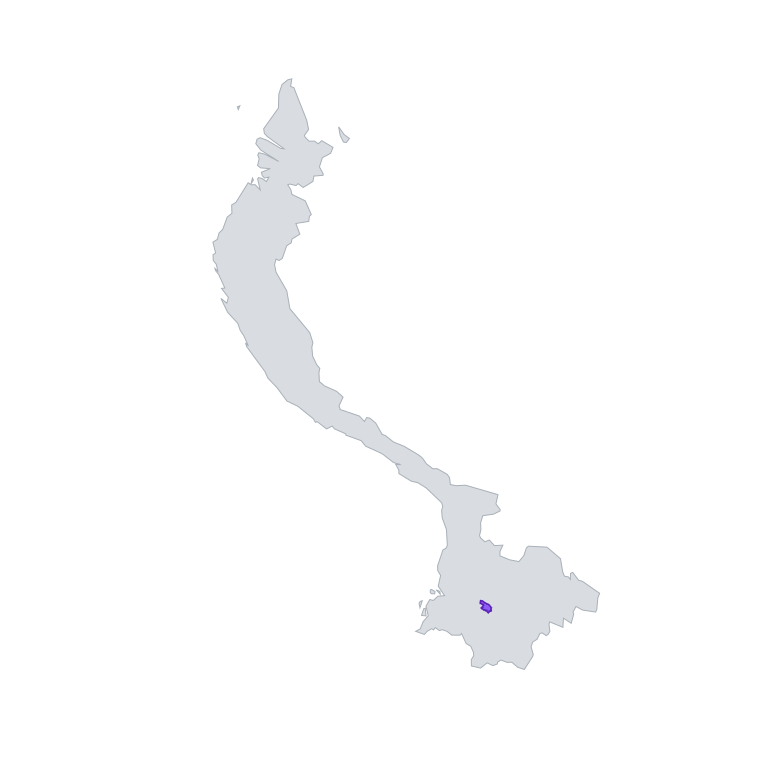 Dai Tu, Thái Nguyên, Vietnam (highlighted), rotated 157°
{"feature_id": "81297802B22157258808987", "entity_name": "Dai Tu", "entity_type": "district", "adm_level": 2, "iso_a3": "VNM", "parent_name": "Vietnam", "parent_adm1": "Thái Nguyên", "projection": "equal_earth", "projection_center": [105.65, 21.604], "detail": "fine", "context": "in_parent", "style": "filled", "palette": "violet", "viewbox_px": 768, "rotation_deg": 157, "n_neighbors": 0, "source": "geoboundaries", "source_scale": "gbopen_adm2", "svg_char_len": 6293}
<svg xmlns="http://www.w3.org/2000/svg" viewBox="0 0 768 768"><g transform="rotate(157 384 384)"><path d="M451.5,144.0L446.3,144.4L440.9,149.9L433.8,153.4L432.1,163.1L426.1,167.7L423.2,165.5L417.3,167.6L410.9,165.5L413.1,176.7L406.7,185.6L407.4,191.3L405.7,195.7L394.5,208.3L391.3,208.5L388.8,210.6L383.4,225.6L382.7,238.1L380.3,245.2L377.8,248.2L377.3,252.1L385.8,271.9L391.4,279.9L397.0,284.0L405.3,295.7L404.0,298.8L404.6,305.4L400.7,303.5L401.2,304.3L405.9,307.9L412.9,320.5L425.2,333.9L427.1,340.7L439.0,351.7L438.7,353.1L447.1,362.0L448.1,365.5L454.4,365.1L460.2,375.4L462.1,375.5L462.7,379.8L472.1,397.3L480.0,406.2L483.9,422.4L488.6,434.8L488.7,441.8L495.8,472.0L495.4,475.9L494.0,472.0L494.2,483.5L495.4,489.5L494.9,497.0L499.9,511.0L500.7,526.5L497.1,519.9L493.4,524.5L496.2,535.5L493.0,534.5L493.4,549.4L494.8,554.5L494.4,556.5L492.9,552.6L491.6,559.6L492.9,564.5L490.8,569.9L487.8,570.3L486.1,581.4L480.8,582.3L476.9,587.4L472.1,589.3L463.1,598.9L457.3,600.5L454.3,608.3L449.3,609.1L430.4,622.3L428.2,619.1L424.8,617.9L422.1,610.9L420.2,622.2L418.8,623.0L415.9,620.8L413.1,616.3L409.2,619.4L413.5,620.3L414.7,623.3L414.1,626.8L404.6,626.7L413.2,631.2L415.0,634.6L410.9,640.1L410.8,644.0L408.8,645.8L404.1,642.3L394.0,630.0L406.0,647.5L408.1,655.3L405.2,658.9L401.8,659.1L396.2,653.8L387.1,641.3L384.1,639.6L394.7,657.4L396.2,661.4L395.0,666.0L373.3,679.3L367.5,692.0L360.8,699.6L353.6,701.6L349.6,700.9L353.7,694.4L351.2,692.0L352.1,656.9L354.0,647.7L360.1,644.0L360.2,642.1L358.0,636.7L353.0,634.7L350.7,630.8L346.2,632.3L338.5,621.7L343.0,617.2L352.3,616.4L358.6,609.1L357.9,601.0L358.6,599.9L367.3,602.8L370.3,598.2L381.6,596.5L384.8,602.0L387.5,601.1L392.7,604.9L394.8,605.0L393.8,599.5L394.7,594.5L384.9,583.3L384.7,568.4L387.1,567.6L389.7,563.1L402.4,566.2L402.9,554.8L412.1,553.4L414.2,550.3L419.6,549.2L428.6,539.3L432.4,538.7L434.5,541.2L438.1,536.7L439.7,529.1L437.1,507.8L441.2,490.1L432.3,460.3L433.3,449.8L436.0,446.2L438.8,437.6L438.4,428.0L437.0,423.4L439.4,420.0L442.5,411.5L439.6,405.6L430.5,395.8L426.8,387.9L434.0,381.4L434.2,377.5L419.2,364.1L416.6,357.1L413.1,359.9L410.4,358.1L406.9,351.3L405.4,338.3L403.0,336.2L398.0,327.0L389.6,318.5L379.5,304.6L377.5,300.5L376.2,294.1L372.1,286.8L368.1,285.3L361.1,276.1L360.3,272.2L362.2,265.5L357.3,262.2L348.5,259.0L322.3,237.6L327.8,230.0L326.2,223.0L326.8,221.8L334.1,221.4L344.5,224.2L349.4,218.4L351.7,212.1L355.3,207.2L355.3,204.5L352.8,199.4L348.0,199.2L345.5,192.1L337.6,189.2L342.8,184.4L344.4,180.5L337.1,173.1L329.2,167.8L322.3,171.4L316.9,177.5L314.4,178.3L297.7,170.1L289.8,154.2L292.9,141.3L293.0,136.6L289.7,134.4L288.8,131.3L286.3,136.8L283.9,136.8L281.5,127.2L278.5,124.9L267.3,107.1L270.8,103.5L276.2,93.3L278.3,91.4L289.5,98.3L294.2,104.2L299.1,100.2L299.2,98.1L305.2,90.6L310.3,98.3L314.4,90.1L324.4,100.3L326.0,98.4L328.0,91.4L330.8,89.4L333.0,89.0L335.7,93.1L338.0,93.4L342.9,89.2L347.9,88.4L351.3,84.7L352.3,76.7L353.5,75.2L366.4,66.4L371.6,71.0L375.0,77.9L379.5,79.7L384.2,84.2L388.0,83.6L389.2,82.0L393.8,82.2L398.0,87.0L406.2,84.8L413.7,90.3L411.3,96.2L407.5,98.9L406.5,102.0L406.6,108.7L409.8,112.9L410.1,124.0L412.2,123.1L419.8,126.4L422.7,131.8L426.4,135.1L429.4,135.4L431.9,139.7L434.5,138.3L435.7,140.1L441.0,139.5L444.7,137.7L451.5,144.0ZM326.8,622.6L327.2,629.9L325.3,638.4L323.2,629.1L319.9,623.5L324.3,621.0L326.8,622.6ZM439.9,156.3L435.3,161.6L433.6,161.5L435.9,154.1L439.9,156.3ZM421.9,176.2L420.6,176.4L418.1,172.9L419.4,171.1L422.3,172.4L422.9,174.0L421.9,176.2ZM437.4,168.6L435.6,169.7L433.5,169.6L438.3,164.0L437.4,168.6ZM414.4,168.5L416.3,174.1L413.6,171.2L414.4,168.5ZM428.2,620.2L424.6,625.0L424.5,622.8L428.2,620.2ZM410.7,696.4L408.0,696.4L410.9,693.6L410.7,696.4Z" fill="#d9dde1" stroke="#a8b0b8" stroke-width="1"/><path d="M380.2,147.2L380.0,146.9L379.9,146.7L380.0,146.6L380.2,146.3L380.2,146.2L380.3,145.9L380.3,145.7L380.5,145.6L380.5,145.4L380.4,145.5L380.4,145.4L380.5,145.3L380.6,145.2L380.9,145.0L380.9,144.9L381.0,144.7L380.9,144.7L380.8,144.4L380.8,144.5L380.8,144.4L380.7,144.4L380.4,144.1L380.2,143.9L380.2,143.7L380.3,143.7L380.2,143.4L380.0,143.2L379.8,143.0L379.7,143.0L379.6,142.9L379.4,142.7L379.2,142.6L378.9,142.4L378.7,142.3L378.7,142.2L378.8,141.9L378.8,141.7L378.8,141.4L379.1,141.2L379.4,141.1L379.5,141.1L379.8,141.1L380.0,140.9L380.1,140.6L380.3,140.4L380.2,140.4L380.0,140.1L380.1,139.9L380.4,139.8L380.5,139.8L380.8,139.9L381.0,139.9L381.0,140.0L381.3,140.1L381.5,140.3L381.8,140.3L382.0,140.4L382.0,140.5L382.0,140.3L382.1,140.2L382.1,139.9L382.1,139.7L382.0,139.4L382.0,139.2L381.9,139.2L381.7,139.1L381.6,138.9L381.5,138.7L381.4,138.6L381.2,138.7L381.2,138.4L381.1,138.2L380.9,138.0L380.7,137.8L380.8,137.7L380.7,137.4L380.6,137.2L380.5,137.3L380.4,137.2L380.4,137.3L380.5,137.3L380.4,137.3L380.3,137.2L380.2,137.2L379.9,137.0L379.8,136.9L379.7,136.9L379.4,136.7L379.2,136.4L379.0,136.2L379.0,135.9L379.1,135.7L378.9,135.6L378.9,135.4L378.7,135.3L378.4,135.2L378.2,135.1L378.0,134.9L377.9,135.0L377.9,134.8L378.0,134.7L378.0,134.4L378.0,134.2L378.0,133.9L377.9,133.7L377.7,133.4L377.6,133.2L377.6,132.9L377.5,132.7L377.4,132.6L377.2,132.8L377.0,133.0L376.9,133.0L376.3,133.0L376.2,133.1L376.1,133.5L375.9,133.8L375.7,133.8L375.4,133.8L375.2,133.7L374.9,133.6L374.8,133.3L374.7,133.3L374.3,133.1L374.2,133.1L374.1,133.4L374.0,133.5L373.9,133.5L373.7,133.7L373.8,133.8L373.8,134.0L374.0,134.1L374.0,134.3L373.8,134.4L373.7,134.5L373.4,134.8L373.4,135.1L373.2,135.4L373.2,135.5L372.9,135.8L372.7,135.9L372.8,136.0L373.0,136.2L373.1,136.3L373.0,136.6L372.9,136.7L372.8,136.9L372.9,137.0L372.9,137.3L372.9,137.5L373.0,137.6L373.1,137.9L373.1,138.0L373.2,138.3L373.3,138.4L373.4,138.6L373.5,138.7L373.5,138.8L373.4,139.0L373.3,139.3L373.5,139.5L373.8,139.8L373.9,140.0L374.0,140.1L374.1,140.4L374.2,140.5L374.3,140.8L374.6,140.8L374.8,141.2L375.1,141.2L375.2,141.3L375.3,141.3L375.4,141.8L375.5,141.9L375.6,142.0L375.9,142.4L376.0,142.6L376.1,142.8L376.5,142.9L376.7,143.0L376.8,143.3L376.8,143.6L377.0,143.7L377.0,143.8L377.0,144.0L377.2,144.3L377.3,144.3L377.5,144.5L377.6,144.8L377.6,145.1L377.7,145.3L377.8,145.4L377.9,145.5L378.0,145.6L378.1,145.8L378.2,146.0L378.3,146.1L378.5,146.0L378.8,146.1L379.0,146.1L379.2,146.4L379.3,146.6L379.7,146.9L379.8,146.8L380.0,147.0L380.2,147.2Z" fill="#8b5cf6" stroke="#5b21b6" stroke-width="1.5"/></g></svg>